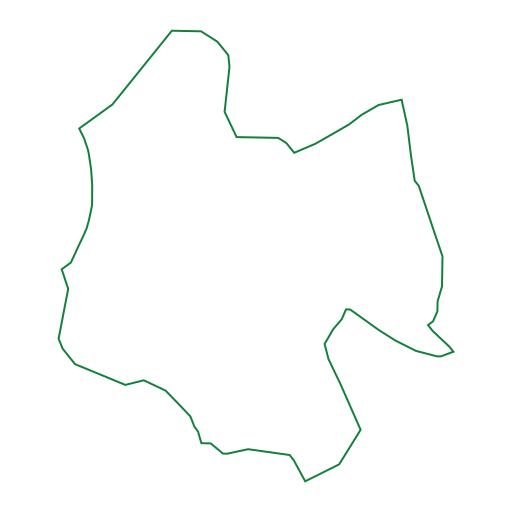 the district of Kesm Tahta, Suhaj, Egypt
{"feature_id": "37247803B59901173509251", "entity_name": "Kesm Tahta", "entity_type": "district", "adm_level": 2, "iso_a3": "EGY", "parent_name": "Egypt", "parent_adm1": "Suhaj", "projection": "equal_earth", "projection_center": [31.491, 26.766], "detail": "fine", "context": "isolated", "style": "outline", "palette": "green", "viewbox_px": 512, "rotation_deg": 0, "n_neighbors": 0, "source": "geoboundaries", "source_scale": "gbopen_adm2", "svg_char_len": 1188}
<svg xmlns="http://www.w3.org/2000/svg" viewBox="0 0 512 512"><path d="M305.2,481.3L339.2,464.3L360.6,429.8L340.6,384.4L328.5,359.1L324.6,344.0L333.2,329.2L341.7,319.3L346.0,309.4L350.1,309.5L358.4,315.4L378.9,330.1L395.3,340.5L416.0,350.9L436.7,356.3L440.8,356.4L453.4,351.7L449.3,346.6L432.9,331.2L428.0,325.1L433.1,321.2L437.4,311.3L437.6,301.3L442.0,286.4L442.5,256.4L433.0,228.3L418.8,185.9L414.7,180.8L411.0,155.7L407.3,125.6L401.6,99.7L378.6,105.0L361.8,114.7L349.1,124.4L332.3,134.1L315.5,143.7L294.2,152.8L286.4,143.1L278.2,137.9L253.3,137.4L236.6,137.1L224.6,111.8L229.5,66.9L228.3,55.2L217.4,41.7L201.0,31.3L180.2,30.9L171.9,30.7L171.6,31.1L171.3,31.4L112.4,104.5L79.2,128.5L84.3,138.8L85.4,142.3L88.0,150.0L88.9,154.3L89.7,160.0L91.1,169.2L92.2,184.9L92.1,204.1L91.6,207.6L88.9,220.3L86.7,228.1L84.1,234.3L77.4,248.4L75.2,253.3L70.9,262.5L61.7,269.3L68.2,288.9L63.4,313.7L58.6,338.8L62.6,348.6L75.1,364.2L112.0,379.4L125.3,384.9L143.8,380.3L165.6,390.6L182.3,407.9L190.3,416.3L193.1,423.3L194.3,426.4L198.1,431.7L198.9,434.7L201.4,443.2L210.7,443.4L223.0,453.6L227.2,453.7L248.1,449.2L289.6,455.0L293.7,460.1L305.2,481.3Z" fill="none" stroke="#15803d" stroke-width="2"/></svg>